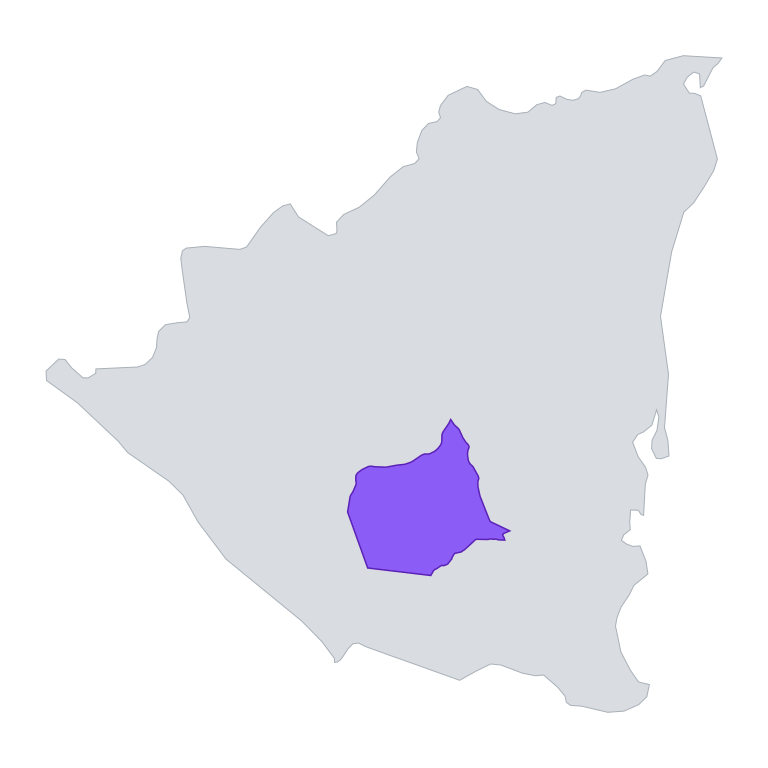 Chontales highlighted on a map of Nicaragua
{"feature_id": "NIC-669", "entity_name": "Chontales", "entity_type": "Department", "adm_level": 1, "iso_a3": "NIC", "parent_name": "Nicaragua", "parent_adm1": "", "projection": "mercator", "projection_center": [-85.042, 12.14], "detail": "fine", "context": "in_parent", "style": "filled", "palette": "violet", "viewbox_px": 768, "rotation_deg": 0, "n_neighbors": 0, "source": "natural_earth", "source_scale": "10m", "svg_char_len": 3717}
<svg xmlns="http://www.w3.org/2000/svg" viewBox="0 0 768 768"><path d="M721.9,58.0L717.8,63.7L713.2,67.4L703.6,86.0L700.3,87.6L699.6,73.9L693.9,72.1L687.3,77.0L683.5,84.0L689.4,93.2L694.5,93.3L700.7,95.9L717.4,159.1L713.8,170.4L703.5,187.9L693.6,202.9L683.8,212.2L671.6,252.0L660.5,316.4L668.5,374.3L664.5,427.7L667.9,440.3L669.0,456.0L660.9,458.8L656.3,458.3L651.6,448.7L652.1,440.2L657.0,430.3L658.9,416.8L656.6,409.8L651.9,425.1L643.4,432.0L637.9,434.4L632.6,442.2L638.2,456.8L645.6,467.4L648.0,475.1L645.3,484.2L643.6,515.4L641.0,514.5L638.3,510.3L630.6,510.0L629.7,522.5L630.3,529.6L623.7,534.9L621.4,540.4L626.8,544.2L632.7,546.4L640.0,545.9L646.0,561.3L647.9,573.9L633.9,585.4L629.2,595.0L621.3,606.6L616.9,617.9L615.5,626.1L620.9,652.0L630.5,670.4L638.6,682.0L649.4,684.6L646.8,696.8L638.7,704.6L624.0,711.1L607.8,712.3L581.3,706.1L570.5,705.4L566.3,702.2L565.0,696.1L557.5,687.1L543.6,675.0L535.6,675.8L522.5,673.2L500.8,665.0L490.7,664.0L476.3,671.0L459.6,680.3L419.2,665.8L390.8,655.7L365.3,646.5L358.5,643.0L352.9,643.8L348.1,648.6L342.6,657.1L340.7,659.5L337.8,661.8L334.5,662.4L334.4,658.4L321.9,641.6L302.0,621.3L226.0,559.1L198.0,521.9L183.0,495.1L168.8,481.1L127.7,452.6L118.2,441.2L77.5,402.9L46.5,380.5L46.1,371.0L58.8,359.0L65.1,359.6L71.9,368.1L82.9,377.8L88.1,377.9L95.7,373.4L95.9,368.9L137.6,367.0L145.1,364.5L152.6,357.4L156.5,347.6L157.1,338.1L158.7,331.3L165.4,324.7L177.6,322.7L187.0,321.9L189.8,317.5L186.9,303.0L181.9,267.9L180.8,258.1L182.5,250.8L186.3,248.1L204.8,246.4L239.8,249.4L246.5,247.1L260.5,227.2L273.6,212.5L282.8,205.9L290.2,203.9L298.6,217.0L328.2,235.7L333.1,234.5L336.1,233.5L337.0,230.8L336.5,222.2L343.8,214.4L359.1,207.3L374.5,194.9L390.0,177.1L403.4,166.6L414.8,163.5L419.1,158.6L416.4,152.0L417.3,142.7L421.8,130.5L428.4,123.5L437.1,121.6L440.5,117.7L438.7,112.0L440.4,105.7L448.2,95.3L466.9,86.4L477.6,89.5L486.4,101.4L499.0,109.5L515.2,113.8L527.8,112.2L536.8,104.7L544.9,102.5L552.0,105.4L555.8,103.7L556.2,97.5L559.9,96.0L566.9,99.4L573.2,100.3L578.6,98.6L580.7,95.6L581.8,92.5L585.9,90.1L599.9,92.4L615.6,88.8L633.0,79.2L644.6,75.0L650.3,76.1L657.2,71.3L665.2,60.5L683.4,55.7L721.9,58.0Z" fill="#d9dde1" stroke="#a8b0b8" stroke-width="1"/><path d="M426.8,454.1L427.7,454.1L429.9,453.7L434.3,451.5L436.5,449.8L438.1,448.2L440.6,445.0L441.4,443.3L441.8,441.6L441.9,435.9L442.1,434.2L442.5,433.0L443.1,431.8L448.8,423.4L450.7,419.5L454.3,424.8L458.6,428.8L459.5,430.3L462.8,437.6L465.9,442.3L467.9,444.3L468.8,445.9L469.1,446.9L468.9,447.8L468.1,449.9L467.7,451.8L467.5,454.4L468.1,459.4L468.9,461.9L470.0,463.7L471.0,464.8L472.1,465.7L473.0,466.7L478.3,476.2L478.8,478.5L477.8,481.9L478.0,487.0L480.0,496.1L489.5,520.2L490.5,521.7L509.7,530.9L503.8,533.4L502.7,534.5L502.8,535.1L502.9,535.6L504.0,537.6L504.8,540.1L499.0,539.9L497.4,539.6L496.6,539.3L496.1,539.2L495.6,539.1L493.3,539.3L492.7,539.3L491.4,538.9L490.8,538.9L487.7,539.5L476.7,539.3L475.9,539.4L475.2,539.7L474.7,540.4L464.8,549.5L461.1,552.0L454.6,553.4L452.4,556.9L452.0,557.9L452.0,558.1L451.9,558.7L451.6,559.1L450.9,559.8L450.7,560.2L450.6,560.5L450.3,560.8L449.3,561.9L448.6,562.8L448.1,563.7L447.6,564.0L446.7,564.6L443.9,565.6L443.2,565.7L442.8,565.6L442.1,565.3L441.2,565.7L439.8,566.5L436.8,568.6L434.5,569.7L433.9,570.3L433.5,570.8L430.8,575.5L367.7,568.0L347.6,512.0L350.1,496.6L350.8,495.1L352.2,492.8L352.5,492.6L352.6,492.3L352.8,492.0L355.8,485.1L356.1,484.0L356.2,483.0L355.8,480.2L355.8,476.5L356.0,475.5L356.3,474.8L357.5,473.1L358.2,472.4L362.0,469.6L367.7,466.8L369.8,466.2L371.5,466.2L375.2,466.8L379.5,466.9L385.9,467.2L396.7,465.2L404.8,464.3L410.9,462.2L412.7,461.2L421.5,455.2L423.7,454.3L425.3,453.9L426.8,454.1Z" fill="#8b5cf6" stroke="#5b21b6" stroke-width="1.5"/></svg>